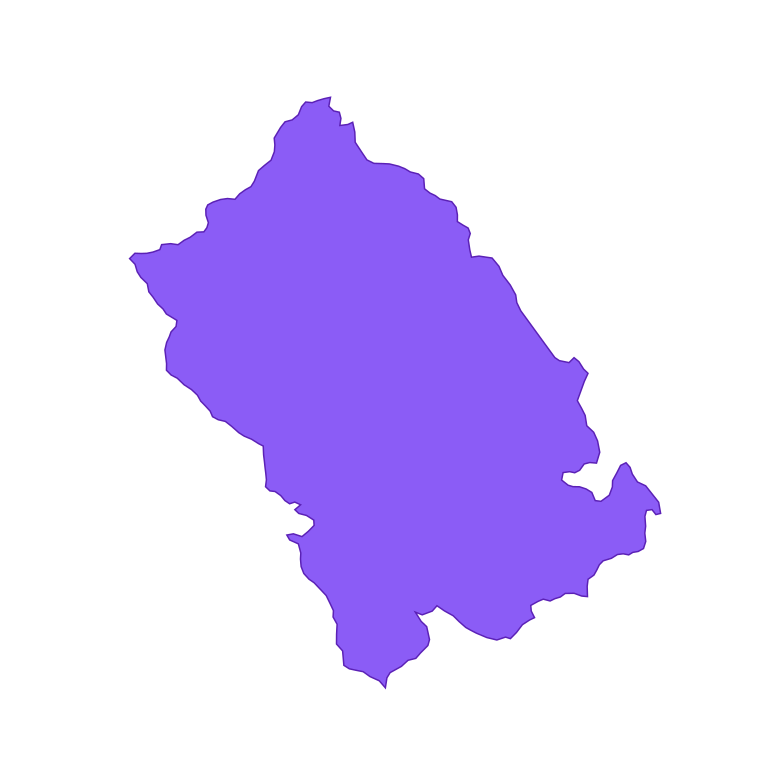 outline of Porto Feliz, São Paulo, Brazil, rotated 151°
{"feature_id": "56859067B51495796680822", "entity_name": "Porto Feliz", "entity_type": "district", "adm_level": 2, "iso_a3": "BRA", "parent_name": "Brazil", "parent_adm1": "São Paulo", "projection": "natural_earth1", "projection_center": [-47.516, -23.238], "detail": "fine", "context": "isolated", "style": "filled", "palette": "violet", "viewbox_px": 768, "rotation_deg": 151, "n_neighbors": 0, "source": "geoboundaries", "source_scale": "gbopen_adm2", "svg_char_len": 3398}
<svg xmlns="http://www.w3.org/2000/svg" viewBox="0 0 768 768"><g transform="rotate(151 384 384)"><path d="M284.5,628.1L289.8,628.5L297.3,631.5L292.9,637.2L291.3,643.4L295.7,647.3L297.6,653.7L291.8,660.7L298.1,662.6L304.8,664.1L310.4,664.9L315.8,668.6L321.6,666.5L328.4,661.0L336.3,659.5L343.4,661.3L350.1,658.5L355.1,655.6L360.8,652.3L363.6,645.9L367.3,640.3L374.3,634.5L382.7,633.1L390.3,631.5L399.1,624.2L404.7,621.1L411.1,621.1L418.0,620.3L424.8,617.8L431.0,622.1L437.5,624.6L445.4,626.0L451.3,626.1L455.1,623.3L457.9,617.9L459.4,610.2L463.1,606.6L467.8,604.4L474.0,607.5L482.4,606.3L489.1,606.6L496.6,605.7L502.6,610.2L510.9,613.7L514.9,610.2L522.1,611.4L528.1,613.3L533.0,615.8L538.5,619.1L545.7,617.0L543.7,609.4L545.4,601.8L545.0,595.1L542.4,586.5L545.0,578.6L543.9,572.0L543.2,563.7L540.9,556.8L540.4,550.7L534.3,540.0L538.0,535.1L545.0,532.8L549.0,529.3L553.9,525.8L559.1,520.0L564.3,507.2L567.6,501.5L565.8,495.0L562.0,489.3L559.2,480.2L555.1,472.5L552.6,464.7L552.6,457.9L550.8,451.3L549.2,444.6L549.8,438.5L546.3,433.1L540.9,428.2L537.8,420.9L534.6,411.8L531.5,406.1L526.6,399.9L522.6,392.6L519.7,388.3L523.6,380.5L526.2,374.1L528.4,368.9L530.7,363.2L533.3,357.2L537.4,351.6L535.6,345.8L531.4,342.8L528.4,336.5L527.2,330.1L524.6,325.0L519.3,324.0L515.5,318.8L522.9,317.3L521.3,312.1L515.5,306.6L511.4,299.0L513.7,294.2L521.8,291.8L529.7,290.3L535.9,296.9L542.2,299.0L542.1,293.3L536.4,285.7L538.7,276.5L541.9,271.4L545.0,264.5L546.0,257.1L544.2,249.5L541.5,244.1L539.2,235.2L537.1,227.0L537.6,217.6L538.1,210.3L541.5,204.9L541.5,196.6L546.8,188.1L551.6,179.6L549.6,170.6L555.5,157.4L552.4,151.7L546.8,146.8L541.7,142.5L538.1,134.9L532.0,126.7L530.1,117.6L523.9,125.6L518.6,128.6L513.7,128.6L505.6,128.6L496.9,130.7L489.2,128.6L482.7,131.0L472.4,134.0L468.1,138.4L464.3,151.1L466.6,158.4L467.2,169.3L462.5,163.6L451.9,162.0L445.2,164.4L441.1,156.2L435.8,147.7L433.5,139.8L430.5,131.4L427.4,126.4L424.0,121.3L417.0,112.4L409.4,105.4L400.4,103.7L396.9,100.0L388.7,102.4L379.6,106.4L370.9,107.0L365.6,106.7L365.3,114.0L363.0,119.2L354.6,119.2L349.0,118.6L343.9,113.7L338.6,113.4L333.0,112.2L327.1,113.0L319.2,108.8L313.9,102.7L309.1,99.4L304.4,108.5L300.2,114.3L293.0,115.1L288.0,118.2L283.3,121.5L278.0,123.1L269.6,121.3L262.5,121.7L257.1,119.5L252.8,115.9L248.0,116.1L242.9,114.3L236.8,114.3L231.4,119.4L228.2,127.1L224.1,132.8L220.0,141.7L215.7,146.2L210.5,144.2L209.5,138.0L204.8,136.7L201.1,147.4L204.5,168.1L209.8,175.4L210.5,184.8L209.2,191.8L210.5,197.8L216.5,198.1L223.6,193.3L230.9,188.7L234.2,183.2L240.9,177.5L251.1,176.2L255.8,179.6L254.8,188.4L258.1,194.2L262.8,199.3L268.5,202.6L272.1,206.3L275.2,213.9L270.3,219.7L264.1,217.3L260.2,213.9L254.7,213.7L247.7,217.0L242.2,215.6L236.5,211.8L228.4,219.7L224.8,230.7L224.0,240.1L226.9,249.2L223.3,259.0L223.0,266.6L223.0,275.7L215.4,282.3L207.6,289.1L200.4,294.4L202.2,300.3L202.7,309.1L205.0,314.9L211.8,313.0L219.3,319.4L221.8,324.3L228.9,381.7L228.4,390.8L225.6,398.1L225.6,409.4L227.4,421.5L226.4,431.2L228.4,441.8L233.3,445.5L238.9,449.8L246.0,452.5L244.0,459.5L240.4,469.2L235.6,473.8L234.8,479.6L237.8,484.5L241.1,490.5L237.8,496.3L235.3,503.6L236.4,510.6L245.5,518.7L247.8,523.9L251.3,528.8L253.9,535.1L249.7,544.3L252.1,551.0L258.2,556.7L261.2,561.9L265.6,567.4L272.5,573.8L277.8,577.1L285.9,581.9L290.3,588.3L291.1,597.6L292.0,609.4L287.4,618.5L284.5,628.1Z" fill="#8b5cf6" stroke="#5b21b6" stroke-width="1.5"/></g></svg>